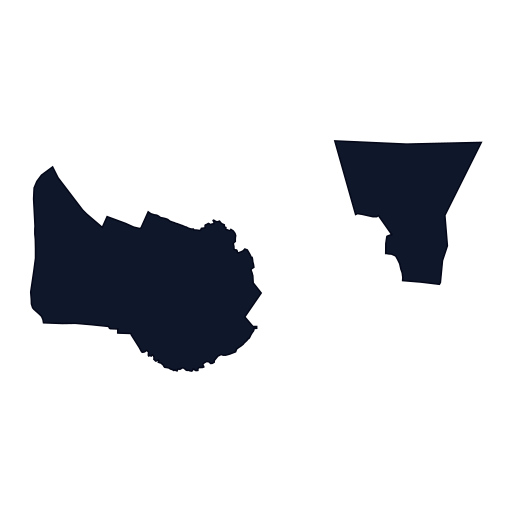 Gombe, Gombe, Nigeria (orthographic projection)
{"feature_id": "59680162B83386112613514", "entity_name": "Gombe", "entity_type": "district", "adm_level": 2, "iso_a3": "NGA", "parent_name": "Nigeria", "parent_adm1": "Gombe", "projection": "orthographic", "projection_center": [11.179, 10.302], "detail": "fine", "context": "isolated", "style": "filled", "palette": "ink", "viewbox_px": 512, "rotation_deg": 0, "n_neighbors": 0, "source": "geoboundaries", "source_scale": "gbopen_adm2", "svg_char_len": 3477}
<svg xmlns="http://www.w3.org/2000/svg" viewBox="0 0 512 512"><path d="M261.2,293.0L253.2,282.9L252.8,275.6L252.4,274.4L252.1,273.0L251.0,270.1L251.3,269.0L253.9,267.3L253.5,264.5L252.8,261.8L252.5,259.0L252.1,257.4L251.1,257.5L251.1,256.9L249.8,254.2L247.3,249.9L246.2,249.5L244.8,249.0L243.3,250.7L241.2,251.8L238.7,252.7L238.0,252.8L237.4,252.4L237.2,251.0L236.6,250.0L235.1,249.8L234.0,249.2L233.9,246.3L233.6,245.0L233.3,243.4L234.2,242.3L235.3,241.5L235.3,239.1L235.4,237.5L235.7,235.7L235.0,233.4L233.3,231.0L230.9,229.4L230.2,230.5L229.2,230.6L227.6,229.9L225.8,229.4L225.9,227.5L224.4,226.9L224.3,224.8L222.0,223.8L221.1,223.1L219.5,221.1L217.3,221.8L215.9,221.5L213.7,220.1L213.1,220.5L214.1,222.7L213.9,223.7L212.0,224.0L210.6,224.6L209.6,224.0L208.4,223.4L206.7,224.4L205.3,225.0L205.0,225.9L205.2,227.4L204.7,227.9L202.7,228.2L201.4,228.3L200.8,229.8L199.9,230.5L196.2,230.0L194.1,230.0L193.4,229.0L191.8,229.1L190.0,228.7L188.5,228.2L187.6,227.8L186.8,227.3L186.2,227.0L185.3,226.9L184.7,226.6L182.2,225.5L180.6,225.0L179.4,224.5L178.2,224.1L177.3,223.7L175.4,223.3L174.9,222.9L173.5,222.4L173.2,222.4L170.3,221.3L169.5,220.9L168.7,220.2L167.7,219.4L166.3,218.9L165.5,218.6L163.4,218.1L160.8,217.6L159.8,217.1L158.7,216.2L157.5,215.5L156.1,215.0L154.6,214.9L152.7,214.3L150.8,213.7L148.2,211.8L141.0,227.9L139.6,228.5L133.7,227.1L125.5,223.4L107.1,216.6L102.3,227.4L92.7,219.2L86.6,214.0L82.6,210.0L58.0,177.7L52.6,166.9L41.5,175.1L36.9,181.3L34.1,187.9L33.6,198.9L35.0,226.0L34.8,229.8L34.8,233.9L35.3,239.1L35.5,248.5L35.5,258.2L33.8,271.1L30.7,292.1L31.3,299.9L31.4,303.9L32.6,307.7L33.9,309.3L39.1,313.9L41.6,316.4L43.0,319.7L43.5,322.8L62.3,323.5L75.3,323.3L91.6,324.7L108.1,326.4L108.7,326.7L109.5,328.3L110.3,328.7L117.8,329.0L117.7,333.0L119.0,333.1L130.8,333.5L131.3,334.9L134.1,339.3L135.8,342.0L139.2,347.4L141.6,351.8L142.4,352.3L144.2,352.0L145.2,351.5L145.9,350.7L146.4,350.4L147.0,350.8L147.7,351.2L148.5,351.8L148.3,355.2L148.7,356.0L149.9,355.5L151.2,356.1L152.0,355.1L152.6,354.9L153.5,356.0L154.1,357.8L153.8,359.2L155.7,361.1L156.6,360.9L158.0,360.1L158.9,360.8L158.3,362.2L159.3,362.6L161.5,363.3L162.4,364.5L163.4,365.1L163.9,366.4L164.7,367.3L166.3,367.5L168.0,367.8L168.9,368.0L170.4,369.0L172.3,369.6L173.8,370.5L174.9,370.0L176.3,370.7L177.1,370.9L177.8,369.2L178.7,369.1L180.0,369.3L182.5,367.8L183.6,368.0L184.7,368.8L186.1,370.1L187.0,370.4L188.1,370.4L189.0,370.3L189.8,370.8L191.8,371.1L192.7,370.2L193.1,369.1L193.9,369.1L194.7,369.9L195.5,370.5L196.8,370.6L197.9,370.4L197.9,368.8L198.3,368.2L199.0,367.6L200.0,367.6L202.4,367.5L203.8,367.0L203.7,366.3L202.8,365.0L203.1,363.9L204.4,362.7L206.6,361.5L208.9,361.8L210.7,363.5L212.4,363.3L214.2,362.2L214.3,360.5L217.9,356.1L221.1,354.5L223.2,355.2L225.6,355.2L229.7,354.1L235.6,351.8L236.6,349.1L238.5,347.6L240.8,346.1L243.1,344.3L244.1,343.0L246.7,340.6L248.2,338.8L249.0,338.4L249.7,337.3L251.0,334.6L252.5,332.2L253.4,331.1L253.9,329.8L254.0,328.5L256.7,328.3L256.7,326.5L252.9,326.5L252.5,326.0L244.8,316.9L261.2,293.0ZM334.8,140.9L355.6,214.5L357.5,213.6L362.0,214.3L372.7,216.7L376.8,216.7L378.4,215.5L391.7,234.5L387.1,236.2L386.8,236.7L385.8,243.6L385.8,245.0L385.7,253.5L386.7,253.5L388.6,253.9L391.5,254.1L394.0,255.2L395.7,256.0L397.6,259.4L399.7,263.7L400.9,269.2L402.2,272.8L402.8,277.5L402.6,280.6L421.1,282.1L439.4,284.3L440.4,282.5L442.5,260.6L447.4,245.8L444.9,215.3L481.3,142.4L406.5,144.1L334.8,140.9Z" fill="#0f172a" stroke="#020617" stroke-width="1.5"/></svg>